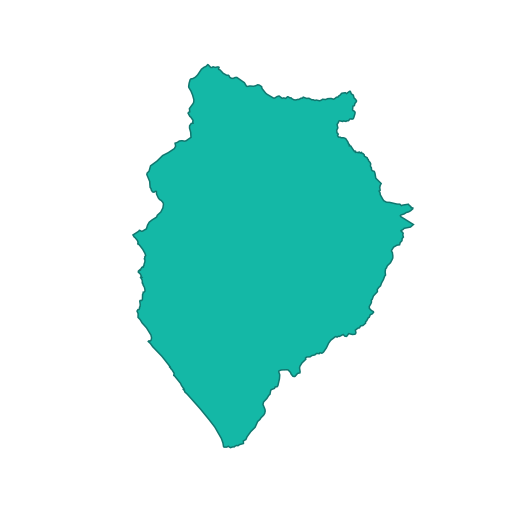 the district of Ica, Ica, Peru, rotated 23°
{"feature_id": "86281439B40725623046053", "entity_name": "Ica", "entity_type": "district", "adm_level": 2, "iso_a3": "PER", "parent_name": "Peru", "parent_adm1": "Ica", "projection": "orthographic", "projection_center": [-75.617, -14.336], "detail": "fine", "context": "isolated", "style": "filled", "palette": "teal", "viewbox_px": 512, "rotation_deg": 23, "n_neighbors": 0, "source": "geoboundaries", "source_scale": "gbopen_adm2", "svg_char_len": 6073}
<svg xmlns="http://www.w3.org/2000/svg" viewBox="0 0 512 512"><g transform="rotate(23 256 256)"><path d="M282.7,69.9L280.4,69.5L278.5,67.6L277.8,67.8L275.9,71.1L274.4,70.8L271.4,72.6L270.9,73.7L270.7,74.8L269.6,76.4L269.3,77.7L267.9,78.5L267.4,79.7L266.1,81.4L263.6,81.6L260.6,83.1L258.9,84.8L256.0,85.7L255.4,86.8L253.9,88.3L250.5,88.9L249.5,89.8L247.6,89.8L246.3,90.4L243.1,90.1L240.9,91.2L237.4,91.3L237.1,92.6L235.8,93.1L234.3,95.2L233.4,95.4L231.7,96.8L229.9,97.4L227.6,97.2L226.4,96.7L225.4,97.2L223.4,96.9L222.8,97.1L221.7,99.4L219.8,99.6L218.5,100.6L214.7,99.7L213.2,100.9L211.4,103.4L210.5,103.8L202.8,102.8L201.2,102.3L196.1,99.5L195.0,97.9L192.2,97.4L190.7,97.7L189.1,99.5L187.3,100.8L183.9,101.9L182.2,103.1L181.0,103.5L177.6,101.0L168.6,99.1L167.1,99.8L165.6,101.4L164.1,102.0L162.0,101.8L161.0,100.8L159.7,100.4L158.6,101.1L154.3,100.6L150.3,98.8L148.7,98.8L148.3,98.2L148.4,97.0L147.9,96.6L146.7,97.0L144.7,98.4L142.5,98.6L142.0,99.6L140.6,100.1L137.4,98.7L136.8,98.7L135.9,101.0L134.4,102.6L132.8,105.4L131.5,112.2L130.3,115.1L128.5,117.4L126.9,118.4L126.5,119.4L126.9,123.0L127.7,126.1L128.3,127.1L131.7,129.6L134.8,132.7L137.8,136.5L138.6,138.9L138.5,140.4L137.1,146.3L138.7,149.2L137.7,150.2L137.7,151.1L140.5,153.3L141.8,153.7L145.1,155.8L145.4,157.4L146.2,158.3L144.6,159.3L144.0,162.1L144.8,164.2L147.5,167.6L149.8,172.2L146.6,177.3L145.4,178.2L142.8,178.8L140.5,180.1L139.1,182.3L137.4,183.8L139.1,186.3L138.9,189.0L134.9,195.1L130.8,200.0L127.8,207.3L123.7,214.2L124.4,219.7L123.4,222.2L123.7,223.7L129.0,228.9L131.4,233.6L131.8,234.3L133.1,235.0L133.7,236.1L135.5,237.3L136.3,237.4L137.3,237.0L138.0,235.8L139.1,235.5L140.3,237.9L143.4,240.7L145.2,241.7L146.9,241.9L148.7,242.7L149.9,243.5L150.6,244.6L151.5,248.1L151.2,252.7L149.2,257.1L149.3,259.0L146.1,263.6L144.5,266.6L144.1,270.0L144.5,273.8L141.7,277.6L141.0,278.0L138.8,277.8L138.5,278.1L138.4,279.0L134.5,284.7L136.4,286.1L137.4,286.3L140.8,288.1L142.1,289.5L142.2,290.5L142.7,290.7L142.9,291.2L143.2,291.0L144.7,291.6L149.1,294.1L152.8,297.0L154.3,298.8L153.9,300.4L154.5,301.2L154.3,302.3L155.2,302.8L156.0,304.8L156.2,307.5L156.6,308.2L156.3,309.5L156.6,310.0L156.0,310.4L156.2,310.7L155.3,311.2L155.2,312.6L154.4,314.2L154.8,314.4L154.0,315.0L153.6,316.0L154.3,316.4L154.2,317.0L156.3,317.6L158.3,319.3L158.1,320.6L159.3,320.4L158.9,321.4L160.3,322.3L161.2,323.6L161.6,324.8L162.0,325.0L162.0,325.4L162.5,325.9L163.0,325.9L163.5,326.9L165.5,328.4L167.2,330.8L167.5,332.1L167.1,332.9L166.3,333.4L166.7,334.3L166.6,335.7L168.4,340.3L168.1,341.7L166.8,342.1L166.6,342.9L168.3,345.7L169.0,347.7L168.8,348.6L169.3,350.0L169.2,350.9L168.3,351.4L168.0,353.2L170.0,355.1L171.4,358.6L174.2,359.8L177.3,362.1L183.3,364.9L190.2,369.8L191.9,372.2L192.3,374.3L192.0,375.4L190.4,376.1L190.2,376.8L193.0,377.8L196.4,379.9L208.6,385.1L219.5,391.1L219.7,391.7L220.2,391.6L220.2,392.1L221.5,392.6L221.6,393.0L223.0,393.5L226.4,395.9L227.0,398.1L227.5,398.0L236.3,402.7L238.0,404.3L241.4,406.4L241.2,406.9L241.7,406.9L241.5,407.3L242.8,407.9L243.5,408.9L246.8,410.1L264.3,418.4L276.5,424.8L285.0,429.6L295.4,437.5L298.6,441.0L300.5,444.0L301.2,444.4L303.7,443.4L304.8,442.0L307.4,442.4L309.3,440.7L310.5,440.3L310.8,439.5L312.1,438.0L313.5,437.7L314.6,436.0L317.7,433.5L316.6,431.2L318.4,428.9L318.4,425.8L319.8,419.7L322.1,414.0L322.2,407.7L323.5,404.9L323.8,403.0L325.2,399.5L325.5,397.5L325.1,395.3L324.2,393.7L320.4,389.9L320.0,387.4L321.7,382.8L322.2,379.3L322.9,377.9L322.0,373.8L322.7,372.6L324.7,370.7L324.9,368.9L326.4,368.2L326.8,366.9L325.6,360.0L324.5,356.7L324.0,355.7L322.2,353.8L322.0,353.0L322.9,351.8L324.2,350.8L329.2,348.5L330.3,348.4L333.2,349.7L334.5,351.0L337.0,352.3L338.4,352.0L339.0,351.5L340.2,347.8L342.1,346.4L341.8,345.3L339.8,342.0L339.5,340.3L340.1,336.5L342.2,331.6L341.4,330.6L341.6,330.0L342.4,329.0L345.3,327.6L346.3,325.8L348.8,324.1L349.9,322.0L352.4,321.2L352.7,320.0L354.4,319.8L355.0,319.3L355.7,317.9L356.7,313.1L356.9,307.8L357.7,304.4L360.5,299.4L361.0,298.9L362.3,299.0L363.2,297.7L364.3,297.4L366.9,294.2L369.2,295.1L370.8,294.6L371.7,291.2L375.4,290.6L377.6,289.4L378.0,288.6L377.9,287.5L376.4,285.4L378.1,282.5L379.3,281.7L379.6,279.5L381.6,278.2L383.1,275.0L382.6,273.6L383.2,272.4L383.5,269.0L384.2,268.1L384.1,265.5L385.7,263.7L386.2,261.8L385.7,261.3L383.6,261.1L380.8,259.9L380.0,258.2L380.4,254.8L380.3,253.3L379.4,251.5L379.9,250.5L379.7,246.9L381.7,241.4L380.7,239.4L381.3,236.9L382.3,234.8L382.1,231.8L382.5,227.8L382.3,224.3L382.7,223.0L381.1,220.2L380.3,217.2L380.8,215.8L380.6,214.6L380.9,213.2L382.4,209.7L382.7,206.0L382.7,204.4L381.9,202.4L380.1,199.4L378.9,198.7L378.6,197.8L379.2,194.1L381.5,191.0L383.8,189.6L383.5,187.3L384.4,184.9L383.7,182.7L384.3,181.0L382.9,179.3L382.6,177.6L381.4,176.8L380.2,176.7L379.6,175.9L380.8,174.5L381.6,172.6L386.9,169.0L388.6,165.5L373.8,163.2L373.1,162.5L373.5,161.5L376.0,159.3L377.3,157.3L379.2,155.8L380.6,154.0L381.9,151.3L381.6,150.5L379.8,150.9L379.3,150.0L377.3,149.5L376.0,148.8L371.2,151.8L370.2,152.8L368.1,152.1L365.6,153.1L358.1,154.4L355.2,155.5L352.2,155.2L350.9,154.5L346.4,151.0L345.5,149.4L343.9,148.1L344.6,147.0L342.9,144.3L343.1,143.8L342.7,143.1L342.9,140.4L335.9,137.6L333.2,133.4L332.2,132.3L331.6,131.9L329.8,132.1L328.7,131.5L327.6,129.5L326.6,129.0L326.1,128.3L325.6,126.4L324.4,125.3L322.5,124.4L321.6,123.3L320.8,123.1L319.9,122.1L316.8,121.8L316.1,120.6L314.5,119.9L313.6,120.2L312.7,119.4L311.7,120.5L310.8,119.9L310.2,120.0L309.8,120.9L307.9,121.2L307.3,121.7L306.5,121.4L306.4,120.7L305.1,121.0L300.2,117.7L298.8,118.1L298.4,116.8L297.2,116.6L296.3,115.3L292.7,112.9L290.6,112.9L288.1,113.9L287.2,113.7L285.5,114.3L284.4,113.6L284.0,113.2L284.1,111.8L283.5,111.2L282.4,111.0L281.1,108.5L281.3,106.1L279.2,103.2L279.7,100.9L279.5,99.7L280.0,98.9L283.3,98.3L283.7,97.5L286.2,97.0L286.7,96.2L288.3,95.3L288.9,93.3L290.1,92.5L290.9,92.6L291.4,92.1L291.9,91.6L291.9,90.1L291.5,86.4L291.0,84.9L289.5,84.2L288.4,84.2L287.7,83.6L286.7,80.2L287.8,79.1L287.4,77.0L288.0,75.1L288.0,74.0L286.5,72.9L284.5,72.2L282.7,69.9Z" fill="#14b8a6" stroke="#0f766e" stroke-width="1.5"/></g></svg>